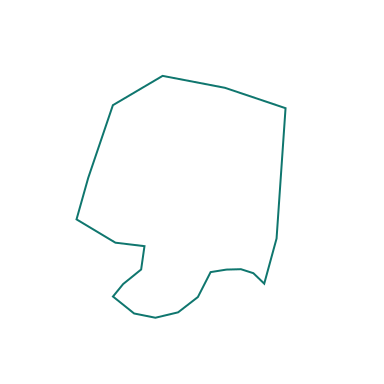 Banjul, Albers equal-area conic projection, rotated 145°
{"feature_id": "GMB-2153", "entity_name": "Banjul", "entity_type": "Independent City", "adm_level": 1, "iso_a3": "GMB", "parent_name": "Gambia", "parent_adm1": "", "projection": "albers", "projection_center": [-16.653, 13.415], "detail": "fine", "context": "isolated", "style": "outline", "palette": "teal", "viewbox_px": 384, "rotation_deg": 145, "n_neighbors": 0, "source": "natural_earth", "source_scale": "10m", "svg_char_len": 426}
<svg xmlns="http://www.w3.org/2000/svg" viewBox="0 0 384 384"><g transform="rotate(145 192 192)"><path d="M67.3,207.0L149.4,105.4L185.4,75.5L188.3,90.3L196.2,100.7L208.3,108.7L222.7,115.7L247.4,102.6L272.4,101.4L294.1,110.0L309.1,125.7L316.7,151.7L301.2,156.1L278.1,157.7L262.0,174.9L283.8,194.4L302.3,235.8L268.9,263.1L207.0,308.5L149.5,304.0L105.3,258.5L67.3,207.0Z" fill="none" stroke="#0f766e" stroke-width="2"/></g></svg>